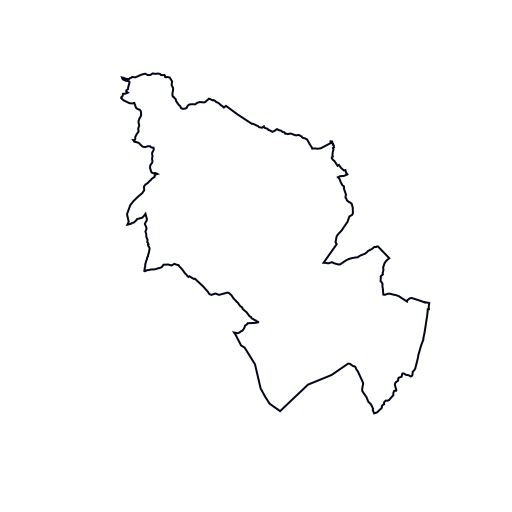 the district of Juan N. Méndez, Puebla, Mexico, rotated 201°
{"feature_id": "50627088B59509159162106", "entity_name": "Juan N. Méndez", "entity_type": "district", "adm_level": 2, "iso_a3": "MEX", "parent_name": "Mexico", "parent_adm1": "Puebla", "projection": "mercator", "projection_center": [-97.745, 18.541], "detail": "fine", "context": "isolated", "style": "outline", "palette": "ink", "viewbox_px": 512, "rotation_deg": 201, "n_neighbors": 0, "source": "geoboundaries", "source_scale": "gbopen_adm2", "svg_char_len": 6101}
<svg xmlns="http://www.w3.org/2000/svg" viewBox="0 0 512 512"><g transform="rotate(201 256 256)"><path d="M445.0,374.5L444.4,373.8L443.2,373.1L440.2,373.0L437.7,373.5L436.8,373.5L436.4,372.9L436.2,372.1L435.8,367.8L435.3,366.0L436.4,364.2L436.1,363.1L434.2,362.6L436.2,360.7L438.3,359.7L437.9,357.4L438.2,356.4L438.7,355.8L438.4,355.1L435.6,353.9L428.9,353.3L426.4,354.0L425.0,354.7L425.0,355.0L424.5,355.3L421.4,351.7L420.4,351.1L419.3,350.8L416.7,350.8L415.9,350.3L414.8,348.9L413.6,346.0L414.1,342.4L414.0,340.0L413.5,338.4L412.0,336.4L411.7,335.6L411.7,333.0L410.2,329.9L410.9,327.7L411.4,324.1L410.8,322.3L410.7,321.1L411.2,320.4L412.1,320.2L410.5,319.1L409.8,319.1L408.3,319.6L407.6,319.4L406.1,319.6L401.6,317.6L400.4,317.5L398.5,318.0L396.2,319.8L394.1,320.5L392.8,319.9L391.6,320.0L390.5,320.4L389.8,319.4L389.6,318.4L389.9,315.1L389.6,314.0L388.5,312.4L387.8,309.3L386.5,307.1L386.4,305.7L387.1,303.3L387.1,302.4L386.5,300.2L383.8,296.9L383.1,296.5L381.3,296.5L379.8,297.4L377.5,297.2L378.9,296.1L379.5,295.0L379.0,293.6L381.0,290.7L381.4,289.2L382.1,288.1L383.3,285.2L384.8,283.1L385.4,281.2L385.3,280.3L383.9,277.2L384.8,273.8L387.6,268.7L390.0,263.5L391.6,258.5L391.4,248.8L387.1,242.3L387.3,239.2L384.2,241.3L383.5,242.5L382.0,243.5L380.5,246.6L380.2,247.9L376.0,250.9L375.0,253.1L374.3,255.8L370.9,251.1L370.8,249.6L371.2,247.9L371.2,246.0L368.8,243.6L368.3,242.8L367.9,241.8L368.0,239.2L366.3,237.1L365.6,235.2L364.6,233.8L363.0,232.2L362.6,230.1L361.6,229.5L360.6,228.4L361.0,228.0L360.8,227.5L358.5,225.5L357.9,224.6L357.2,220.7L357.1,218.4L356.7,217.0L357.1,215.5L356.6,214.1L356.8,213.1L356.4,208.6L355.7,206.4L355.6,204.7L355.1,203.8L355.0,202.1L354.2,202.0L352.8,203.5L348.4,206.2L346.6,206.8L344.2,208.3L343.3,209.3L342.0,210.0L340.0,211.8L339.2,214.7L334.9,216.6L331.5,216.9L329.4,219.4L327.2,219.4L325.0,219.7L323.8,218.8L320.7,217.4L315.6,214.1L314.7,213.9L312.9,212.7L311.5,212.3L311.0,213.2L305.9,212.3L304.9,212.9L294.5,208.7L288.2,205.4L286.2,203.9L285.3,203.7L283.8,203.7L280.2,206.5L277.2,206.4L276.1,206.8L269.4,211.7L267.9,211.7L264.9,210.6L261.6,208.2L258.8,207.0L257.8,206.3L256.4,206.0L253.1,203.7L250.5,203.0L249.7,202.0L248.4,201.4L244.4,200.0L240.4,197.4L238.8,197.3L237.9,196.4L237.1,196.2L235.9,196.1L234.9,195.8L233.0,195.7L231.9,195.2L230.6,195.3L229.5,194.9L230.3,194.9L232.1,193.6L239.7,190.2L239.9,189.1L241.3,186.9L241.1,185.9L241.4,183.0L242.0,181.4L243.0,180.3L243.9,178.8L245.5,177.3L249.0,176.7L247.1,175.4L237.8,167.1L233.9,166.5L218.1,154.5L204.2,134.0L197.0,127.9L190.4,123.0L177.9,119.8L161.4,154.5L142.8,172.0L131.4,188.6L129.4,189.0L126.4,188.1L125.5,188.0L124.5,188.4L123.5,188.0L121.4,185.9L119.6,184.8L111.0,176.4L110.2,175.2L109.3,170.1L108.4,168.0L102.4,163.9L98.9,160.2L95.6,158.8L91.9,155.3L91.8,154.0L89.3,151.4L87.0,153.3L86.3,154.6L85.6,156.3L84.2,159.0L84.2,159.8L84.7,160.9L84.6,161.8L83.3,163.5L83.9,164.7L83.7,166.2L82.9,167.6L81.3,168.1L80.2,169.1L77.9,175.4L78.7,177.3L78.7,179.5L78.1,180.0L76.9,180.4L76.8,180.7L77.7,182.1L80.2,185.5L80.5,187.4L80.1,188.5L78.7,190.5L79.2,192.3L79.2,193.3L78.7,193.9L77.0,195.2L76.8,195.6L77.3,198.1L77.1,198.8L76.0,199.3L73.7,198.8L70.5,199.4L68.4,199.0L67.6,199.6L67.3,200.7L68.2,204.1L67.4,205.8L67.0,208.0L68.4,219.5L68.9,221.3L69.8,231.6L69.8,238.1L70.2,238.8L71.2,244.9L74.7,261.1L75.9,265.9L76.6,267.8L75.5,268.3L76.5,270.2L77.4,274.2L82.0,273.4L81.9,273.1L85.9,273.1L95.7,272.6L96.9,271.8L98.0,270.5L98.8,269.0L98.7,267.6L108.4,269.7L110.3,269.7L118.2,268.6L119.9,267.6L121.9,265.9L123.3,265.6L126.2,271.6L126.9,272.5L127.9,275.3L129.5,276.6L130.7,277.2L131.8,280.8L132.2,281.4L131.9,282.7L131.1,283.8L131.0,284.6L131.6,285.3L132.0,288.6L133.2,290.8L133.4,295.1L133.0,297.2L132.3,299.0L130.8,301.7L145.5,308.6L146.5,308.3L147.0,307.5L148.7,306.8L149.2,306.3L149.8,304.7L153.3,300.7L154.2,298.5L155.3,297.0L158.7,293.9L160.8,291.1L162.9,290.1L165.7,288.4L168.3,286.4L170.1,284.5L174.4,278.4L175.7,277.7L180.1,277.2L182.9,277.4L186.0,275.0L188.1,274.7L190.5,273.9L184.9,295.9L186.7,297.4L187.7,303.0L187.6,304.1L186.9,306.5L185.3,310.2L182.8,320.7L183.0,326.3L181.0,328.9L180.8,329.6L181.0,331.0L182.9,335.6L185.2,338.9L187.2,339.7L187.9,339.6L190.2,340.2L190.9,340.4L192.4,342.1L193.1,342.3L193.6,343.2L194.1,345.7L198.0,350.3L198.7,352.3L199.1,352.6L200.6,352.9L203.8,355.7L205.3,357.6L206.8,358.6L207.7,358.9L206.0,360.7L202.6,362.3L199.9,364.9L200.9,365.7L201.5,365.7L203.3,368.2L204.5,367.4L206.1,367.9L208.3,368.8L211.2,370.7L212.1,369.4L216.9,372.8L218.8,373.4L220.3,374.5L220.6,375.3L219.9,376.3L220.6,377.2L221.3,379.4L221.6,380.6L221.8,383.1L222.9,384.4L222.1,385.4L222.6,385.9L223.0,387.2L224.0,387.3L224.3,388.4L225.9,388.5L225.6,389.8L226.0,390.2L227.5,389.8L226.9,388.0L234.2,379.7L237.0,378.2L240.0,377.4L242.0,376.4L242.4,376.7L242.8,377.4L245.6,379.4L250.1,383.1L252.7,383.4L254.0,383.1L255.0,383.2L255.8,383.5L256.2,383.9L259.2,384.3L260.1,384.1L261.3,383.2L262.6,382.8L267.2,382.8L268.2,382.4L269.9,381.2L271.2,381.1L272.5,380.6L273.3,381.5L273.9,381.6L275.7,381.4L277.7,382.0L280.1,381.6L281.3,382.0L282.0,381.9L283.5,379.5L285.2,377.8L289.0,378.3L289.4,378.1L291.0,378.9L293.6,378.7L294.6,379.2L295.1,379.8L296.3,377.9L299.2,377.4L301.2,378.1L301.9,378.0L305.0,378.3L306.7,378.3L307.2,377.9L324.1,381.6L337.8,385.4L339.2,383.1L341.4,384.0L342.6,384.1L344.4,384.9L346.0,385.4L348.8,385.6L349.5,386.1L351.7,386.3L352.2,385.8L355.2,386.1L356.3,386.0L358.5,381.7L359.4,380.8L363.8,379.5L365.9,377.8L367.1,375.8L369.8,374.9L372.3,373.7L373.0,372.9L373.7,371.4L373.8,369.5L374.6,368.5L376.5,367.4L377.8,367.1L378.9,367.2L380.6,368.8L382.0,369.3L384.0,370.5L386.3,372.2L387.1,373.6L388.8,374.3L390.0,375.1L390.4,374.9L391.4,375.7L392.2,377.5L392.9,381.1L393.6,383.1L396.0,385.3L397.0,389.0L400.5,391.7L403.1,391.3L404.2,390.5L404.9,390.5L405.7,391.7L406.4,392.2L407.1,391.7L409.5,390.9L410.7,391.5L412.0,391.4L413.4,391.0L415.3,389.9L417.9,389.4L419.5,387.1L421.8,386.1L424.4,386.5L425.4,386.1L428.0,384.2L432.6,379.6L435.8,378.7L436.2,377.9L437.6,376.6L438.0,375.6L440.7,374.8L443.9,374.9L444.4,374.5L445.0,374.5Z" fill="none" stroke="#020617" stroke-width="2"/></g></svg>